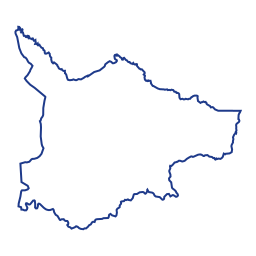 Lubutu, Maniema, Democratic Republic of the Congo
{"feature_id": "63176286B14336347527587", "entity_name": "Lubutu", "entity_type": "district", "adm_level": 2, "iso_a3": "COD", "parent_name": "Democratic Republic of the Congo", "parent_adm1": "Maniema", "projection": "natural_earth1", "projection_center": [26.789, -0.716], "detail": "fine", "context": "isolated", "style": "outline", "palette": "blue", "viewbox_px": 256, "rotation_deg": 0, "n_neighbors": 0, "source": "geoboundaries", "source_scale": "gbopen_adm2", "svg_char_len": 5672}
<svg xmlns="http://www.w3.org/2000/svg" viewBox="0 0 256 256"><path d="M87.8,75.6L85.0,76.9L83.7,77.9L81.0,79.4L78.5,79.1L76.6,80.1L75.4,80.1L73.3,79.4L72.3,79.9L69.9,80.2L68.2,79.9L67.8,79.6L67.1,77.9L66.3,74.8L65.6,73.7L65.0,73.3L65.1,72.6L64.8,71.8L64.9,70.8L63.4,70.9L62.0,69.8L61.7,69.1L60.9,69.4L59.3,68.7L58.8,68.3L58.5,67.4L57.3,65.6L57.3,65.1L56.4,64.2L54.0,62.4L53.1,63.3L51.9,62.1L51.2,59.4L51.3,57.7L50.2,56.5L49.7,54.7L49.8,54.0L48.7,52.5L47.9,53.0L46.0,53.7L45.2,53.6L44.8,52.9L44.6,50.9L44.2,50.3L43.4,50.0L42.9,48.2L41.5,47.7L39.9,45.7L39.4,44.6L39.0,44.5L38.4,45.3L38.1,45.4L37.7,45.0L37.6,43.5L36.8,44.2L35.8,43.8L35.2,43.9L35.8,42.2L35.5,41.3L35.4,40.1L34.6,40.7L34.0,40.8L32.8,38.4L32.4,38.4L31.9,39.2L29.9,38.2L29.0,38.3L29.2,36.8L28.7,36.0L28.2,35.9L27.9,37.2L27.7,37.4L26.6,37.1L26.5,36.3L25.7,36.8L25.0,35.8L23.8,35.8L23.0,32.6L22.6,32.1L21.2,32.5L20.9,32.0L22.0,31.2L22.3,30.6L22.5,29.5L22.3,29.3L21.1,30.1L19.3,29.7L19.2,29.3L19.9,29.3L20.4,28.8L20.2,28.1L19.2,26.9L18.3,26.8L18.4,28.2L18.2,29.1L17.6,30.1L16.1,30.5L15.4,31.9L15.6,33.6L17.2,37.2L19.3,48.1L21.4,53.4L24.2,57.2L25.5,57.6L26.7,59.0L28.1,61.7L28.9,62.7L30.8,63.8L32.5,65.8L31.7,67.6L30.4,69.8L30.0,71.2L27.5,75.2L25.4,77.4L24.8,78.5L26.6,81.0L30.2,84.7L34.6,87.8L45.3,96.7L45.3,97.5L44.5,100.7L43.3,108.0L43.2,114.9L42.6,116.5L41.2,118.4L40.6,120.6L39.9,121.1L40.8,124.0L41.0,127.5L40.7,136.5L41.7,144.1L42.2,145.9L43.5,148.2L41.5,153.8L39.6,156.2L37.3,157.9L34.3,158.8L32.4,158.9L31.5,159.3L29.4,161.7L26.9,162.4L25.2,162.2L20.4,163.6L21.5,182.1L27.7,185.8L28.7,188.2L27.7,189.4L25.1,190.3L22.0,190.3L21.2,191.4L20.4,196.6L18.7,203.5L18.5,206.4L21.1,207.2L21.4,209.6L23.1,209.7L24.3,210.3L26.1,210.3L26.5,209.7L26.9,209.5L27.4,207.9L25.8,204.1L26.1,203.3L26.8,203.2L28.8,204.4L29.6,204.5L30.2,204.2L33.1,200.6L34.4,200.4L34.8,200.8L35.2,204.0L35.1,207.5L35.9,208.4L36.9,208.4L37.3,208.0L37.9,206.1L38.0,204.4L38.5,203.7L39.1,203.7L40.0,204.1L43.7,207.7L45.7,209.2L46.9,209.7L48.6,210.1L50.2,210.0L52.9,209.0L53.6,209.8L54.2,212.3L55.7,214.8L57.5,215.9L59.8,219.8L60.3,220.0L61.6,219.3L63.7,219.2L64.4,220.2L65.4,220.9L67.3,221.0L67.7,221.4L68.3,222.8L68.3,223.6L68.1,224.4L67.4,224.7L67.3,225.1L68.4,226.7L70.4,227.4L71.5,228.6L74.8,227.3L76.0,226.3L76.7,226.3L77.2,226.8L77.8,226.9L79.2,228.2L80.9,228.9L83.4,229.2L84.4,228.4L86.1,228.4L88.2,226.5L89.0,225.3L90.8,224.4L92.0,222.4L93.2,221.7L94.6,222.0L95.3,220.0L95.7,219.6L97.0,219.2L102.1,218.9L103.4,218.2L108.1,218.0L108.6,217.4L109.2,214.7L110.5,213.9L112.0,215.3L115.5,216.4L116.4,215.4L116.9,212.7L116.6,210.0L116.8,209.5L117.5,208.6L119.3,207.5L119.7,207.1L119.7,205.5L121.0,203.8L121.1,203.1L120.9,201.9L121.3,201.5L124.0,201.1L125.0,199.8L126.1,200.1L127.9,199.4L128.3,199.9L130.8,200.4L132.7,198.2L133.8,194.5L134.4,194.1L137.0,194.0L139.7,192.3L142.8,192.0L143.6,192.2L145.0,193.6L145.5,193.7L146.4,192.8L147.0,191.7L147.3,190.5L147.2,189.9L147.4,189.6L148.4,191.5L149.0,192.1L152.1,192.6L153.2,193.2L153.8,193.9L154.6,195.6L155.8,196.5L159.7,197.1L162.4,199.7L163.2,199.6L163.8,199.2L164.1,198.6L164.3,196.8L167.0,194.1L168.9,193.9L170.4,196.4L172.6,195.1L173.5,195.2L176.0,196.8L176.6,196.7L177.5,196.2L178.0,195.2L177.4,193.7L176.3,192.6L175.9,191.4L174.7,190.1L172.6,188.5L172.0,187.7L171.2,182.3L169.3,180.3L169.0,178.7L169.4,177.8L170.5,176.6L170.4,174.5L169.3,171.6L169.3,170.7L170.3,168.4L170.0,166.2L170.2,165.8L171.0,166.2L171.4,166.0L172.9,164.6L174.6,162.5L175.9,162.3L176.5,161.9L177.5,161.8L178.4,161.0L179.0,160.7L180.3,160.8L182.2,161.5L183.9,161.1L184.8,160.7L186.8,158.9L188.7,157.7L190.9,156.5L191.8,156.4L192.8,156.9L193.6,156.7L198.1,154.7L200.3,154.4L200.9,154.7L201.5,154.7L203.5,156.0L204.1,156.0L205.0,155.3L207.5,155.1L209.3,156.6L211.5,156.9L212.3,157.2L213.2,158.1L214.3,158.0L215.0,159.3L215.4,159.6L215.9,159.4L216.4,158.5L217.2,159.0L218.5,158.6L220.5,158.9L221.8,158.0L222.8,156.8L223.8,153.6L225.1,154.3L225.6,153.8L229.6,153.4L231.7,152.1L232.1,149.5L231.4,146.1L231.7,144.9L233.0,142.4L232.9,141.2L233.4,139.1L233.0,137.3L234.2,134.6L235.3,133.5L235.5,132.5L235.8,132.5L236.2,133.0L236.3,132.5L236.0,131.4L236.5,130.3L236.2,128.8L236.3,127.0L236.1,125.0L236.6,123.8L238.9,122.0L239.4,120.9L238.9,119.4L238.4,119.1L238.6,115.0L239.4,113.0L239.8,112.7L240.6,110.8L218.1,110.7L215.0,109.4L213.2,107.4L212.4,107.1L210.8,107.4L210.1,106.1L207.1,104.4L206.6,103.8L206.5,103.0L205.9,102.6L205.6,101.9L204.7,102.1L203.4,101.5L202.6,102.1L201.5,102.2L200.5,102.9L198.0,101.0L197.5,97.7L197.7,96.2L197.5,95.9L196.7,95.6L194.6,95.6L193.1,96.1L192.2,96.9L191.5,97.1L190.1,98.8L189.0,98.8L188.1,99.3L185.5,98.8L184.8,99.3L183.7,99.4L182.6,98.8L180.5,99.2L179.5,97.8L179.2,94.2L178.8,93.5L177.6,92.8L177.0,93.0L176.5,92.9L175.8,91.8L174.3,91.7L173.3,90.1L171.4,89.7L170.5,90.2L169.2,89.9L167.8,90.1L167.2,89.4L164.7,89.7L164.0,89.4L159.9,89.2L157.8,88.5L153.4,86.0L152.7,85.9L150.9,83.3L151.0,82.7L150.5,80.8L149.9,80.9L148.7,80.5L148.4,81.0L147.9,81.1L147.7,80.8L147.2,80.9L146.9,80.5L146.1,80.8L144.9,79.6L144.5,77.1L145.0,76.0L144.9,75.5L143.7,74.6L144.7,73.2L144.6,72.3L141.8,69.3L140.6,69.4L140.0,68.8L139.4,68.7L137.2,66.2L136.9,65.6L137.0,64.3L136.1,64.0L135.1,64.6L134.0,64.1L133.3,63.0L132.7,63.8L132.4,63.5L131.8,63.7L130.4,63.2L129.6,62.0L128.6,62.1L127.9,61.7L126.8,60.3L125.9,60.0L124.1,57.8L123.8,57.9L122.8,59.7L122.0,59.5L121.6,58.0L120.2,57.3L119.7,56.5L118.0,55.2L117.3,55.7L116.6,55.7L116.6,54.5L114.9,55.0L114.5,55.6L114.4,56.2L114.8,58.6L115.1,59.1L116.8,60.2L116.9,60.9L116.0,62.2L114.1,63.1L112.9,63.3L112.4,63.0L111.3,61.9L109.7,61.2L108.0,62.2L105.3,64.3L104.7,66.2L104.2,66.8L99.6,70.4L94.2,72.0L88.0,76.3L87.8,75.6Z" fill="none" stroke="#1e3a8a" stroke-width="2"/></svg>